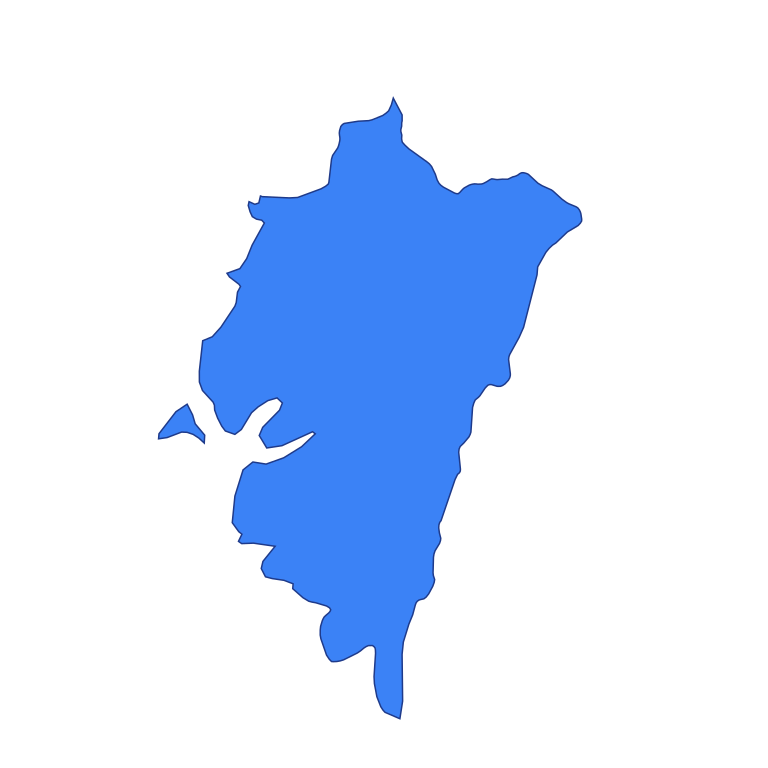 the Province of Trang, rotated 38°
{"feature_id": "THA-387", "entity_name": "Trang", "entity_type": "Province", "adm_level": 1, "iso_a3": "THA", "parent_name": "Thailand", "parent_adm1": "", "projection": "mercator", "projection_center": [99.627, 7.524], "detail": "fine", "context": "isolated", "style": "filled", "palette": "blue", "viewbox_px": 768, "rotation_deg": 38, "n_neighbors": 0, "source": "natural_earth", "source_scale": "10m", "svg_char_len": 3687}
<svg xmlns="http://www.w3.org/2000/svg" viewBox="0 0 768 768"><g transform="rotate(38 384 384)"><path d="M438.1,601.5L435.4,597.4L426.0,600.3L415.8,606.1L409.3,608.9L400.9,605.0L397.8,598.3L398.1,578.9L379.1,589.8L370.1,597.4L366.2,597.6L364.5,589.8L360.5,589.8L349.8,586.7L335.5,564.1L325.8,538.4L328.7,526.2L340.4,519.7L350.4,503.9L357.7,484.1L360.5,465.6L357.1,465.6L341.6,495.4L331.0,506.6L317.4,501.4L315.1,492.8L317.8,469.0L315.6,461.5L308.3,460.8L302.7,468.6L298.9,479.5L297.3,488.2L299.6,507.7L297.5,515.5L287.9,518.7L282.1,517.1L273.9,513.3L266.6,508.8L263.4,505.1L260.5,503.5L245.0,500.9L237.3,496.1L230.6,487.6L214.5,461.5L219.6,452.5L220.5,439.6L218.6,414.5L217.4,410.8L212.0,401.8L210.9,395.5L208.3,394.7L196.4,394.8L192.1,393.4L199.4,381.8L198.6,369.7L194.6,355.8L190.6,330.8L186.8,330.2L182.0,332.6L177.2,333.2L172.4,330.7L167.1,326.9L165.4,323.4L171.6,321.9L173.9,318.4L170.9,311.9L171.1,311.8L172.6,311.4L194.9,295.6L201.1,290.2L214.2,269.0L216.2,264.2L217.0,260.8L216.4,259.0L204.2,239.1L202.8,235.5L202.2,226.5L201.6,224.5L200.9,222.7L199.3,219.4L198.3,217.9L197.1,216.6L195.9,215.5L194.3,213.8L193.0,211.7L191.4,207.6L191.5,205.1L192.2,203.2L201.9,192.8L209.8,185.9L211.8,183.4L217.7,173.2L218.9,169.2L219.5,165.9L218.0,159.6L215.3,153.0L232.6,160.8L236.3,165.5L237.1,167.2L239.2,170.0L240.7,173.3L241.9,174.7L244.8,176.9L246.9,179.9L248.2,181.1L249.6,182.2L253.5,182.9L259.1,183.4L281.6,182.5L284.3,182.6L287.6,183.3L295.3,187.1L300.3,190.5L303.8,192.0L306.5,192.4L309.7,192.3L322.1,190.1L323.9,189.4L325.3,188.4L325.8,186.4L326.1,182.2L326.5,180.1L328.7,174.9L329.7,173.3L330.9,171.8L332.1,170.6L333.5,169.6L335.0,168.7L337.7,166.4L338.8,164.9L340.4,161.4L341.7,157.7L342.6,156.0L344.1,155.1L345.8,154.2L347.3,153.3L351.2,149.7L355.5,146.4L358.0,141.4L359.1,140.1L360.1,138.5L360.9,136.7L361.4,134.8L362.2,133.1L363.4,131.9L365.1,131.0L366.9,130.3L368.7,129.9L381.7,131.0L386.6,130.4L396.4,128.0L398.6,127.9L410.4,128.8L416.2,128.6L418.6,128.2L426.2,126.1L428.3,125.9L430.9,126.6L432.9,127.6L434.4,128.7L438.3,132.4L439.4,133.9L439.7,136.4L439.4,139.6L434.9,151.3L432.6,167.0L431.3,170.8L430.6,175.5L430.5,180.7L433.0,197.1L437.4,203.8L459.1,253.4L461.8,264.2L464.9,283.4L465.7,285.7L467.1,288.0L477.4,298.3L478.4,299.7L479.3,301.8L479.7,304.5L479.3,309.3L478.4,312.1L477.3,314.0L475.9,315.2L474.5,316.2L469.1,318.3L467.7,319.3L466.7,320.8L466.4,322.8L466.2,325.1L466.8,334.2L466.6,336.3L465.7,340.4L466.5,343.7L468.2,347.9L482.1,368.4L482.9,370.6L483.5,373.4L483.2,381.5L482.5,386.3L483.2,389.0L484.9,391.8L496.7,404.1L497.7,405.6L498.1,407.4L497.6,409.9L498.8,415.5L513.1,456.6L513.1,458.7L514.0,461.2L515.7,463.7L519.4,467.3L523.7,470.6L524.9,472.6L525.9,475.4L526.9,483.9L528.0,487.1L529.6,490.0L538.9,502.6L540.9,504.6L544.3,506.9L545.7,509.5L547.0,513.5L548.4,521.8L548.4,525.9L547.7,528.7L545.4,531.5L544.5,532.9L544.0,534.7L544.0,536.5L544.7,538.8L548.7,548.2L551.4,557.8L558.1,575.4L564.7,585.9L593.9,622.4L602.6,638.0L587.0,642.1L584.0,641.6L580.2,640.3L570.9,634.8L560.9,626.0L556.3,620.7L543.2,601.5L540.9,598.8L539.6,597.6L537.8,597.1L535.9,597.2L532.8,599.7L531.6,601.9L530.7,604.5L529.8,608.7L528.6,612.4L522.0,626.2L520.0,629.1L517.7,631.7L515.0,634.0L513.5,635.0L510.4,634.6L505.6,633.0L491.1,623.6L488.3,621.1L485.2,617.1L483.2,613.9L481.1,608.5L480.6,606.5L480.3,604.5L480.6,602.3L481.4,598.4L481.5,596.4L481.0,594.7L478.9,593.9L475.4,594.3L464.9,598.4L461.5,600.2L458.4,601.5L451.7,602.3L438.3,601.5L438.1,601.5ZM252.2,526.2L259.7,531.6L274.2,534.7L278.7,541.2L271.4,540.6L264.6,541.2L258.6,543.3L254.1,546.5L246.1,559.7L240.1,566.0L237.3,561.7L237.1,533.9L241.3,521.1L252.2,526.2Z" fill="#3b82f6" stroke="#1e3a8a" stroke-width="1.5"/></g></svg>